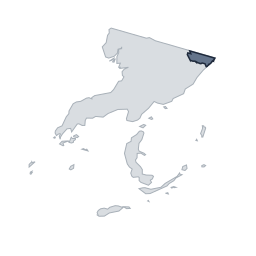 location of Vanimo/Green River District, Sandaun, Papua New Guinea, rotated 106°
{"feature_id": "67681753B35177268475700", "entity_name": "Vanimo/Green River District", "entity_type": "district", "adm_level": 2, "iso_a3": "PNG", "parent_name": "Papua New Guinea", "parent_adm1": "Sandaun", "projection": "equal_earth", "projection_center": [141.584, -3.431], "detail": "medium", "context": "in_parent", "style": "filled", "palette": "slate", "viewbox_px": 256, "rotation_deg": 106, "n_neighbors": 0, "source": "geoboundaries", "source_scale": "gbopen_adm2", "svg_char_len": 4693}
<svg xmlns="http://www.w3.org/2000/svg" viewBox="0 0 256 256"><g transform="rotate(106 128 128)"><path d="M36.6,171.7L36.6,135.1L35.2,132.3L36.6,125.8L36.6,63.8L39.2,64.1L51.8,71.7L60.4,75.6L67.8,77.5L74.7,83.7L79.7,84.0L87.2,92.7L90.3,93.3L95.6,100.6L95.9,106.5L95.3,110.2L103.4,113.7L111.1,118.7L115.3,119.3L117.7,121.0L120.6,125.3L121.1,131.1L119.4,132.1L112.1,132.0L110.1,133.9L113.0,142.9L119.5,151.1L124.4,154.9L125.8,162.3L128.3,164.7L129.9,170.6L132.4,171.2L137.4,170.2L138.2,172.7L137.5,176.4L138.2,177.9L147.3,181.1L144.2,183.0L145.6,186.4L151.6,189.3L155.3,190.4L157.5,190.1L154.9,191.8L152.5,191.3L152.1,191.8L153.0,193.2L155.0,194.7L152.9,196.7L150.9,197.0L147.2,195.7L144.1,192.0L134.1,190.4L130.6,188.8L127.9,189.4L119.8,187.4L117.2,184.8L115.4,180.8L110.7,176.1L109.6,173.8L110.0,170.7L108.7,171.2L106.0,168.9L98.7,154.4L95.0,152.4L85.7,149.9L84.4,147.1L80.0,146.0L79.0,147.9L75.5,149.2L72.5,147.8L69.5,144.3L73.0,152.3L71.8,152.2L72.4,153.5L71.7,153.7L67.8,153.2L69.0,156.5L62.6,158.3L57.9,157.7L55.6,158.5L54.7,158.4L53.5,156.0L51.7,156.4L53.2,156.5L55.0,159.3L59.0,158.9L62.8,161.0L66.1,165.8L65.9,169.1L57.1,175.1L52.0,172.5L44.5,173.2L41.9,172.2L38.6,173.4L36.6,171.7ZM170.2,90.5L172.0,92.2L173.8,90.4L177.4,92.6L176.7,100.6L175.5,102.8L172.5,103.6L172.1,104.7L174.0,109.4L173.2,111.1L170.6,112.9L166.3,112.7L165.1,115.9L162.7,118.8L153.4,124.4L143.3,124.9L140.0,121.4L136.5,122.0L131.9,117.9L128.0,116.2L127.2,114.6L127.3,112.5L128.4,111.3L135.3,111.5L139.8,113.2L145.6,112.2L147.2,110.9L147.8,105.8L148.8,103.7L149.8,104.7L148.6,108.6L149.9,112.2L154.1,111.1L156.7,112.0L158.7,110.9L161.7,105.4L164.0,102.8L168.3,101.6L168.2,97.5L166.8,91.9L167.4,90.2L170.2,90.5ZM220.8,131.5L220.2,133.3L220.0,132.7L217.8,134.4L215.4,133.8L213.2,132.0L211.6,128.8L211.6,125.2L209.2,123.6L206.2,118.9L205.6,115.9L205.9,110.9L210.3,113.8L214.8,122.5L219.2,126.4L220.8,131.5ZM186.3,92.8L183.3,100.7L181.5,97.5L180.7,95.2L180.6,89.1L175.9,80.0L171.0,77.0L161.0,67.5L157.0,66.0L158.0,65.5L158.0,63.2L162.9,68.2L166.0,69.4L170.1,73.2L172.9,74.5L184.9,88.7L186.3,92.8ZM106.6,53.3L116.1,53.6L116.3,54.7L115.0,54.8L113.4,56.7L107.8,56.2L105.3,57.2L105.1,55.8L106.0,55.4L105.9,54.0L106.6,53.3ZM153.7,175.4L155.4,176.8L156.9,176.6L158.0,178.2L158.1,180.7L157.5,181.3L157.1,180.5L152.5,180.0L153.4,178.6L152.6,175.6L153.7,175.4ZM153.2,64.7L149.9,64.7L147.4,61.6L150.6,60.1L153.1,61.5L153.2,64.7ZM160.4,186.5L162.5,184.9L163.0,185.5L162.2,189.4L158.9,187.7L156.7,181.4L160.4,186.5ZM178.1,169.9L181.7,169.2L183.5,170.9L184.0,171.5L183.6,173.2L180.6,172.5L178.1,169.9ZM186.1,208.0L192.8,212.3L190.3,213.0L188.2,211.9L187.9,210.8L187.0,211.2L187.5,210.4L186.1,208.0ZM123.3,117.2L120.3,113.9L120.5,111.7L123.7,113.6L123.3,117.2ZM151.4,177.9L150.5,178.0L148.6,175.7L149.8,173.1L151.2,174.1L151.4,177.9ZM204.9,110.7L203.6,105.3L204.7,103.7L205.9,107.1L204.9,110.7ZM112.9,110.7L110.8,108.6L112.4,106.7L113.3,107.7L112.9,110.7ZM145.0,46.3L143.8,46.7L142.3,44.9L142.7,43.0L144.5,44.2L145.0,46.3ZM99.1,97.5L97.9,99.5L97.0,98.0L98.4,95.9L99.1,97.5ZM161.1,160.1L161.1,166.5L160.1,165.2L160.6,162.6L159.7,161.8L161.1,160.1ZM66.9,161.8L68.9,164.4L64.0,160.2L66.9,161.8ZM68.7,161.1L66.0,160.1L65.4,159.3L68.6,159.6L68.7,161.1ZM199.2,208.6L199.0,209.5L197.3,209.7L196.1,208.4L197.2,208.7L197.0,207.8L199.2,208.6ZM180.3,71.0L180.4,74.0L179.2,71.9L180.3,71.0ZM173.7,69.4L173.2,70.2L171.9,68.2L172.2,67.7L173.7,69.4ZM158.0,195.5L157.9,196.8L156.7,196.1L156.8,195.3L158.0,195.5ZM172.6,67.1L171.7,67.5L171.8,65.5L172.6,67.1ZM121.2,57.8L121.3,59.3L119.9,58.9L121.2,57.8ZM192.9,87.6L192.7,89.0L192.0,88.5L192.9,87.6Z" fill="#d9dde1" stroke="#a8b0b8" stroke-width="1"/><path d="M47.5,69.6L47.4,69.4L47.1,69.2L46.8,68.8L46.3,68.7L44.9,67.7L44.7,67.8L44.7,67.6L44.3,67.4L43.9,67.0L43.8,66.9L43.2,66.5L42.8,66.3L42.7,66.3L42.5,66.2L42.4,66.3L42.5,66.1L42.4,66.0L42.1,65.9L41.6,65.8L41.1,65.6L40.9,65.4L40.7,65.3L40.6,65.1L40.7,64.8L40.5,65.0L40.4,65.2L40.2,65.0L40.2,64.9L40.3,64.8L40.3,64.7L40.2,64.8L40.0,64.6L39.9,64.7L39.7,64.4L39.6,64.5L39.5,64.3L39.4,64.2L39.1,64.2L38.9,64.3L38.7,64.2L38.2,64.1L38.0,63.9L37.7,63.9L37.2,63.8L36.9,63.7L36.9,89.9L39.3,88.1L39.3,91.2L41.1,91.2L45.8,86.8L45.7,86.8L45.8,86.4L45.9,84.0L45.8,83.8L45.8,83.7L45.7,83.5L45.7,83.3L45.6,83.2L45.5,82.8L45.4,82.6L45.4,82.3L45.4,82.2L45.3,81.9L45.4,81.5L45.4,81.4L45.8,81.3L45.9,81.1L45.8,80.8L45.7,80.9L45.8,80.7L45.7,80.6L45.8,80.5L45.7,80.5L45.7,80.2L45.8,80.2L45.8,79.9L45.8,79.7L45.9,79.4L46.1,79.4L46.1,79.1L46.1,78.9L46.0,78.7L46.0,78.4L46.0,78.2L46.0,77.9L46.1,77.7L46.0,77.4L46.1,77.2L46.2,76.9L46.1,76.7L46.2,76.4L46.0,76.0L46.1,75.6L45.1,74.7L45.0,71.7L47.2,70.0L47.5,69.6Z" fill="#64748b" stroke="#1e293b" stroke-width="1.5"/></g></svg>